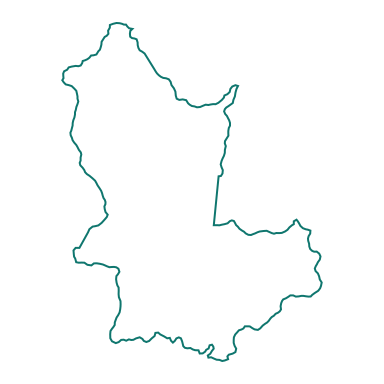 Sucupira, Tocantins, Brazil
{"feature_id": "56859067B48445419523046", "entity_name": "Sucupira", "entity_type": "district", "adm_level": 2, "iso_a3": "BRA", "parent_name": "Brazil", "parent_adm1": "Tocantins", "projection": "albers", "projection_center": [-48.827, -12.089], "detail": "fine", "context": "isolated", "style": "outline", "palette": "teal", "viewbox_px": 384, "rotation_deg": 0, "n_neighbors": 0, "source": "geoboundaries", "source_scale": "gbopen_adm2", "svg_char_len": 4944}
<svg xmlns="http://www.w3.org/2000/svg" viewBox="0 0 384 384"><path d="M118.7,342.1L121.2,339.9L123.7,339.7L126.2,340.7L128.9,339.4L131.3,340.0L133.4,339.8L136.0,338.4L139.7,337.3L142.4,338.9L143.8,340.9L146.3,342.0L149.1,341.0L151.8,338.3L154.6,336.0L155.4,332.9L158.2,332.6L160.2,334.4L164.1,336.4L167.2,338.3L169.8,337.9L171.0,340.7L172.9,342.6L174.8,340.9L176.4,338.4L178.8,337.4L180.9,338.3L182.1,341.3L182.8,344.1L183.3,346.2L184.9,347.8L187.3,348.3L190.4,348.0L192.7,349.4L195.1,350.2L198.5,350.3L199.7,353.5L202.7,353.4L205.2,351.6L206.2,349.8L208.6,348.5L209.6,345.3L212.0,344.7L213.3,346.6L213.7,348.7L211.8,351.1L210.3,353.7L207.8,355.5L208.4,357.6L211.2,357.3L214.0,358.6L216.6,359.7L219.5,359.9L222.2,361.0L224.7,360.5L228.1,359.2L227.4,356.4L228.8,354.7L232.7,353.6L235.4,352.1L236.2,348.7L234.6,345.8L233.7,342.9L233.7,339.9L233.9,337.3L235.2,334.5L237.2,332.3L238.9,330.3L241.5,329.5L243.4,328.5L244.9,326.3L247.2,326.3L249.8,326.4L252.3,328.1L254.6,329.4L257.9,329.9L260.2,328.4L262.7,325.6L265.2,323.7L267.0,322.6L268.7,320.9L270.4,318.5L271.8,317.0L273.8,315.8L275.6,313.8L278.0,312.7L279.8,311.3L281.0,309.4L280.6,306.2L281.2,303.2L282.0,301.1L283.2,299.4L285.9,298.3L288.5,296.7L290.3,295.4L293.2,295.4L295.8,296.6L298.7,296.4L301.2,295.9L303.5,295.9L306.0,296.3L308.5,296.6L310.7,296.5L312.2,294.9L314.6,293.1L318.2,290.8L320.1,288.3L321.0,285.9L321.7,282.5L319.8,279.5L319.1,276.3L317.9,273.4L315.6,271.1L314.8,268.5L315.8,266.1L316.9,264.3L317.9,262.2L319.8,259.6L320.5,256.4L319.2,253.6L316.7,251.6L314.2,251.7L312.2,250.9L310.2,249.0L309.3,246.5L309.1,243.7L308.2,240.8L308.0,238.6L308.6,236.2L310.2,233.6L310.4,230.6L307.9,229.7L305.8,229.3L302.9,228.2L300.4,225.9L299.1,223.4L297.8,221.3L296.5,219.7L293.8,221.3L293.8,224.2L291.9,225.3L289.4,227.4L287.5,229.8L285.0,231.5L281.8,232.9L279.0,233.1L276.4,233.0L274.0,233.7L271.8,233.1L269.6,232.1L266.7,230.8L263.6,231.0L259.7,231.5L257.4,232.3L255.1,233.4L252.9,234.2L251.0,235.0L248.3,234.8L245.7,233.4L244.0,231.7L241.9,230.5L239.4,228.7L237.9,226.7L236.1,225.1L235.1,223.1L233.9,221.0L231.8,220.4L229.8,221.2L227.6,223.3L224.4,224.2L221.8,224.7L219.5,225.3L217.3,225.2L213.8,225.2L218.6,176.3L220.9,176.0L222.5,173.5L222.8,170.1L221.6,167.4L220.7,164.4L221.6,160.9L222.6,158.5L223.9,155.9L224.8,152.9L224.9,149.8L225.8,146.1L224.8,143.3L225.0,141.1L226.7,138.4L228.4,135.7L228.3,133.5L228.3,131.0L228.8,128.0L230.0,125.7L230.0,122.9L229.2,120.4L228.1,118.3L226.9,115.9L225.2,114.0L224.1,111.4L224.9,109.1L226.3,107.5L228.2,106.3L230.6,104.6L232.8,103.0L233.4,99.9L234.9,96.4L235.5,92.5L236.5,88.9L238.0,86.0L235.4,85.2L232.3,86.5L230.4,88.9L229.7,92.0L227.4,94.2L224.4,95.5L223.9,97.6L221.8,100.0L218.4,102.8L215.6,104.2L213.2,104.1L210.6,104.5L208.4,105.0L205.6,104.7L202.9,105.8L200.1,107.0L197.0,107.3L194.5,106.4L191.9,106.0L189.7,104.7L188.1,103.3L186.2,100.2L182.7,99.4L179.3,99.9L176.7,98.7L175.8,95.7L175.4,91.6L173.9,88.3L171.5,85.1L170.6,81.8L168.8,79.3L166.1,78.3L163.2,77.9L160.9,76.8L158.9,75.3L157.0,73.4L155.7,71.5L154.4,69.3L144.6,53.5L142.2,51.7L139.7,50.3L138.4,47.9L137.7,45.1L137.6,42.4L136.6,39.3L134.5,38.5L132.0,38.1L130.2,36.7L129.9,33.8L130.3,30.9L132.4,28.9L129.2,28.3L127.4,26.6L126.0,24.6L123.9,24.6L122.0,23.8L119.6,23.2L116.5,23.0L113.1,23.8L109.9,25.0L109.8,27.7L108.1,30.7L108.4,33.8L106.7,35.8L104.7,36.9L103.3,39.1L101.6,41.8L101.4,44.6L100.7,47.3L99.9,49.7L98.4,51.2L96.4,54.5L93.5,55.3L91.1,55.5L89.4,57.7L87.4,59.2L85.0,60.3L82.7,61.0L82.2,63.1L80.7,65.5L78.4,66.2L75.7,65.9L71.6,66.6L68.7,67.4L67.2,69.7L64.1,71.3L63.2,73.6L63.3,76.0L63.5,78.2L62.3,80.2L63.7,82.3L65.7,84.4L69.0,85.2L71.7,86.1L74.2,88.5L76.3,90.8L77.0,93.9L77.5,96.4L77.5,98.7L78.3,101.5L77.4,104.4L76.4,106.9L75.8,109.9L75.0,112.2L75.0,114.5L74.4,117.5L73.3,120.3L72.7,123.0L72.6,125.6L71.9,128.2L71.3,130.6L70.4,132.7L70.7,135.3L71.9,137.8L72.6,140.2L74.2,142.6L76.3,145.0L77.4,146.9L78.9,149.9L80.8,152.4L81.3,154.5L80.6,157.5L80.6,160.6L79.7,162.9L80.3,165.3L82.6,167.7L84.3,170.1L85.1,172.2L86.9,174.1L89.5,175.8L92.5,178.3L95.1,180.7L96.4,183.0L97.6,185.4L99.5,188.2L101.2,190.9L102.1,193.3L102.7,195.6L103.5,198.0L104.8,199.9L105.5,202.0L105.4,204.2L104.4,206.4L104.7,208.9L105.5,212.0L107.7,214.7L106.8,217.0L105.4,218.7L103.8,220.5L101.6,222.9L98.4,225.4L95.1,226.2L92.6,226.6L89.4,229.2L88.0,232.4L79.4,247.9L75.6,247.9L73.5,250.4L73.8,254.2L74.1,256.7L75.2,258.5L76.2,262.2L78.7,262.7L81.6,262.6L84.4,262.7L87.4,264.8L91.4,265.4L93.9,263.4L96.7,263.3L99.9,263.8L102.9,264.5L104.8,265.3L107.0,266.3L109.4,267.2L111.8,267.0L114.0,266.9L116.3,267.3L118.4,268.7L119.4,271.8L117.9,274.3L116.4,276.1L116.1,279.2L116.6,282.7L117.4,285.5L118.6,287.5L118.7,290.7L118.6,294.1L118.9,297.2L120.5,301.1L120.6,304.2L120.5,306.6L120.2,309.3L119.6,312.4L118.2,315.1L116.6,317.5L115.7,319.9L114.8,322.4L114.7,325.0L113.4,327.0L111.9,328.9L110.5,331.0L110.2,334.2L110.3,338.3L112.0,341.3L115.8,343.1L118.7,342.1Z" fill="none" stroke="#0f766e" stroke-width="2"/></svg>